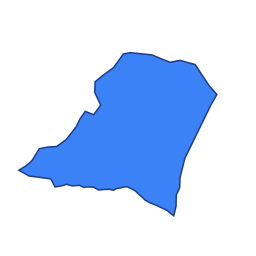 Platani, Cyprus (Mercator projection), rotated 116°
{"feature_id": "46923920B1049795521369", "entity_name": "Platani", "entity_type": "district", "adm_level": 2, "iso_a3": "CYP", "parent_name": "Cyprus", "parent_adm1": "", "projection": "mercator", "projection_center": [33.769, 35.33], "detail": "fine", "context": "isolated", "style": "filled", "palette": "blue", "viewbox_px": 256, "rotation_deg": 116, "n_neighbors": 0, "source": "geoboundaries", "source_scale": "gbopen_adm2", "svg_char_len": 957}
<svg xmlns="http://www.w3.org/2000/svg" viewBox="0 0 256 256"><g transform="rotate(116 128 128)"><path d="M58.9,62.8L54.6,73.3L47.7,85.1L41.5,95.5L42.9,102.4L44.3,110.7L50.5,119.0L51.2,127.3L51.8,138.4L56.0,150.2L59.4,159.2L63.6,164.7L72.5,166.1L80.1,167.5L91.8,173.7L100.8,177.8L110.4,173.7L119.4,162.6L131.1,164.7L131.8,173.7L140.8,175.1L149.7,175.1L165.6,178.5L175.9,184.1L180.7,192.4L185.5,198.6L199.3,200.0L206.2,202.8L213.8,207.6L214.5,195.8L211.0,185.5L207.6,175.1L213.0,167.7L208.2,161.2L205.6,158.7L204.5,152.7L200.8,146.5L200.8,141.9L198.8,138.8L196.3,133.1L196.6,127.2L194.3,123.5L191.2,117.8L190.4,113.9L187.6,111.9L185.3,108.7L182.8,105.9L181.1,102.8L181.1,98.3L181.3,93.7L182.8,89.5L183.9,84.9L185.3,81.0L185.6,75.9L185.3,71.6L185.0,67.6L185.0,64.2L185.0,60.5L185.0,56.6L186.1,52.3L186.9,48.4L177.3,50.5L166.9,55.3L159.4,55.3L149.7,59.5L130.4,63.6L109.7,63.6L71.1,63.6L58.9,62.8Z" fill="#3b82f6" stroke="#1e3a8a" stroke-width="1.5"/></g></svg>